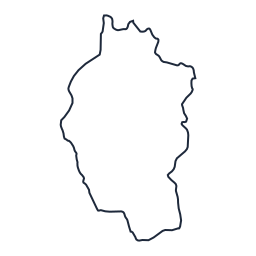 Kayah, Robinson projection
{"feature_id": "MMR-2473", "entity_name": "Kayah", "entity_type": "State", "adm_level": 1, "iso_a3": "MMR", "parent_name": "Myanmar", "parent_adm1": "", "projection": "robinson", "projection_center": [97.388, 19.239], "detail": "fine", "context": "isolated", "style": "outline", "palette": "slate", "viewbox_px": 256, "rotation_deg": 0, "n_neighbors": 0, "source": "natural_earth", "source_scale": "10m", "svg_char_len": 2871}
<svg xmlns="http://www.w3.org/2000/svg" viewBox="0 0 256 256"><path d="M195.3,78.2L192.6,78.6L191.5,80.5L191.4,83.2L191.6,86.2L192.1,88.1L192.6,88.9L192.7,89.7L191.8,91.9L190.7,93.5L186.4,97.7L182.0,104.2L182.1,105.2L183.1,108.1L183.3,109.6L184.1,113.2L185.9,116.0L187.1,118.6L186.1,121.6L184.8,122.1L183.4,122.0L182.2,122.2L181.6,123.9L182.4,125.2L185.8,128.3L187.0,129.7L188.0,132.5L188.3,135.2L187.7,147.0L186.9,149.1L185.0,151.4L176.9,158.3L175.5,161.1L174.7,166.8L173.7,169.2L171.9,171.4L169.1,173.5L167.8,175.0L168.3,176.8L171.3,180.0L174.4,182.6L175.8,184.1L176.4,186.0L175.9,190.0L176.0,191.2L177.6,196.8L178.0,199.4L178.1,202.8L178.7,208.4L180.2,214.3L181.1,220.4L180.1,226.5L179.3,228.2L178.9,228.5L178.3,228.3L172.1,230.2L165.2,230.0L162.6,230.9L153.6,237.5L148.5,240.2L142.4,240.0L139.2,240.6L137.8,240.4L136.4,239.5L135.8,238.4L135.4,237.2L132.7,232.5L131.6,231.7L130.6,231.6L129.0,226.4L127.4,220.2L127.2,219.8L126.8,219.0L125.6,217.4L125.0,216.1L124.4,214.0L123.7,212.6L123.3,212.2L122.6,211.8L121.3,211.4L109.7,211.7L105.2,211.3L101.0,210.2L100.5,210.2L99.0,210.6L98.5,210.6L98.0,210.5L97.0,208.8L89.4,192.8L89.0,189.8L86.1,184.7L84.7,183.4L84.3,183.2L83.9,182.9L83.5,182.6L83.3,182.1L83.2,181.5L83.6,179.7L84.0,178.6L83.9,178.0L83.6,177.1L82.0,175.0L81.0,174.1L79.9,172.6L78.9,170.5L77.9,167.6L77.5,165.8L77.4,163.2L77.5,162.2L76.7,159.3L76.2,155.6L76.5,154.1L76.5,153.4L76.1,152.7L75.2,151.5L74.7,150.6L74.4,149.7L74.0,148.0L73.2,146.1L71.0,142.7L69.8,141.5L68.9,140.8L68.3,140.8L67.8,140.6L67.4,140.4L66.4,139.5L65.9,139.3L64.6,138.6L64.3,137.8L63.9,136.4L63.5,133.4L62.5,130.1L62.1,129.4L61.0,126.5L60.7,124.8L61.2,120.5L61.2,120.3L64.4,117.0L69.1,110.5L72.5,103.0L72.5,98.4L71.5,95.4L69.4,91.8L68.8,90.6L68.5,89.4L68.4,88.7L68.5,88.0L68.9,86.6L70.9,81.5L73.9,76.0L78.5,70.2L85.6,63.8L99.7,54.6L100.6,49.9L100.9,33.9L102.1,32.4L102.6,31.5L103.8,23.1L103.2,18.3L104.0,15.5L106.6,15.4L107.8,15.7L110.5,16.9L111.5,17.9L112.1,18.8L112.4,20.3L112.5,21.2L112.5,22.2L112.4,23.2L112.4,24.1L112.5,25.1L112.8,26.9L113.2,27.7L113.8,28.3L115.5,29.4L116.4,29.8L117.4,30.1L118.7,30.1L123.4,29.1L124.4,29.1L125.1,29.1L125.7,29.2L126.4,28.9L127.0,28.3L127.8,26.6L128.3,24.2L130.0,21.9L133.1,20.8L133.3,22.7L140.3,31.5L142.1,31.7L143.5,31.6L144.4,31.4L145.3,31.0L146.0,30.4L146.5,29.7L147.1,29.2L147.5,28.9L148.0,28.7L149.0,28.5L149.7,28.9L150.4,30.0L152.3,34.6L154.2,37.2L155.3,38.1L156.1,38.6L157.4,38.7L157.9,39.0L158.4,39.7L158.4,41.0L158.2,42.1L155.9,48.0L155.4,50.0L155.1,51.7L155.0,52.4L155.4,53.2L156.1,54.1L157.7,55.1L158.8,55.9L159.7,57.2L161.2,60.1L161.8,60.8L163.5,61.9L166.8,62.4L176.8,65.3L178.0,65.3L178.9,64.8L179.5,64.0L180.1,63.5L180.9,63.2L182.0,63.5L183.3,64.2L185.8,65.9L187.4,66.3L188.7,66.4L189.6,66.2L190.4,66.3L191.3,66.7L192.4,67.5L193.1,68.5L193.7,70.3L193.9,72.4L195.3,78.2L195.3,78.2Z" fill="none" stroke="#1e293b" stroke-width="2"/></svg>